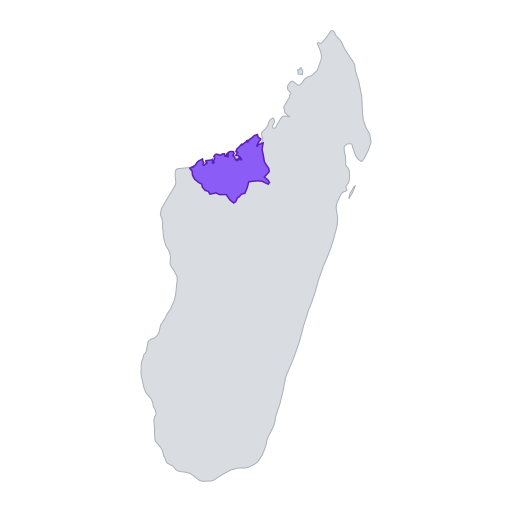 Boeny highlighted on a map of Madagascar
{"feature_id": "MDG-5870", "entity_name": "Boeny", "entity_type": "Autonomous Province", "adm_level": 1, "iso_a3": "MDG", "parent_name": "Madagascar", "parent_adm1": "", "projection": "orthographic", "projection_center": [46.116, -16.217], "detail": "fine", "context": "in_parent", "style": "filled", "palette": "violet", "viewbox_px": 512, "rotation_deg": 0, "n_neighbors": 0, "source": "natural_earth", "source_scale": "10m", "svg_char_len": 6420}
<svg xmlns="http://www.w3.org/2000/svg" viewBox="0 0 512 512"><path d="M341.9,42.7L343.3,46.2L345.1,49.6L350.4,57.8L352.7,61.0L354.6,64.4L355.5,71.0L358.8,81.4L361.8,97.0L362.5,112.9L363.4,120.2L365.8,127.1L369.8,134.3L371.0,142.3L368.3,150.4L364.5,158.0L363.5,159.5L361.8,161.4L361.0,161.3L358.1,159.3L355.8,156.0L352.9,148.2L351.9,144.3L350.6,143.7L347.1,144.0L344.5,146.3L344.0,147.9L344.5,152.2L345.4,156.1L345.7,160.0L345.7,165.0L346.6,166.5L348.0,167.8L349.4,171.1L349.5,178.8L348.6,182.7L346.0,186.0L346.1,187.9L347.0,189.8L346.1,190.9L342.8,192.3L341.4,193.6L339.6,197.0L336.6,203.9L336.1,207.5L337.7,218.3L337.1,226.0L333.2,240.6L331.0,247.6L327.8,255.8L323.1,266.7L318.4,280.4L314.4,294.6L311.4,303.0L308.1,311.4L303.5,326.1L299.6,341.1L293.9,357.5L286.2,375.8L285.4,378.2L283.7,387.6L281.9,395.7L279.9,403.8L275.5,417.1L275.0,421.2L274.0,425.1L270.0,433.4L268.3,436.5L267.0,439.8L266.3,443.9L265.1,448.0L262.1,455.3L257.7,461.7L254.8,464.0L248.4,467.3L245.2,468.0L238.0,468.0L231.1,469.9L223.9,473.6L217.0,477.9L214.3,479.9L211.4,481.0L202.2,481.3L199.5,480.4L190.3,473.5L186.7,472.4L180.0,471.5L177.9,470.9L176.1,470.0L173.3,466.4L167.8,463.4L166.5,462.5L165.7,460.4L165.1,458.1L163.6,455.6L162.5,450.7L160.7,447.4L155.6,441.4L155.0,439.5L154.5,433.2L154.6,428.9L153.9,421.0L154.4,417.3L156.2,413.9L155.4,410.3L153.4,406.5L152.6,402.6L151.2,399.0L145.8,392.6L144.5,389.4L143.5,386.1L141.3,375.9L141.0,372.3L141.2,364.7L141.9,360.8L143.1,358.1L143.4,356.0L144.2,354.3L145.5,352.9L146.3,351.2L148.1,341.5L150.6,339.3L154.4,338.0L157.3,335.4L159.0,332.0L160.7,324.9L165.3,317.9L167.0,314.2L170.8,308.5L174.1,300.7L175.1,297.0L175.8,293.2L176.6,284.9L177.2,280.7L177.0,276.6L175.0,272.4L170.3,264.9L170.1,263.4L170.4,257.7L170.0,253.6L168.2,249.6L165.9,245.7L163.7,238.5L162.5,226.6L162.6,222.3L161.9,218.5L160.3,214.8L161.4,208.5L175.3,185.2L175.8,182.5L175.1,175.4L175.4,171.3L175.9,169.8L177.0,168.9L179.4,168.5L190.9,167.4L192.4,166.7L195.2,164.7L199.2,160.9L201.0,159.8L202.5,160.2L203.5,161.8L204.8,162.7L209.5,161.0L211.3,160.9L213.1,161.2L213.9,159.6L214.4,157.5L215.1,156.0L216.4,155.2L222.4,154.7L226.2,154.1L231.1,152.6L232.2,152.9L236.2,158.2L237.4,158.7L238.9,158.9L240.3,157.9L237.1,155.2L236.6,153.6L236.8,151.8L238.5,148.0L241.4,145.1L247.9,140.7L254.6,135.6L256.6,135.3L258.2,136.1L259.4,142.1L259.3,143.1L260.3,143.2L261.6,142.5L262.7,140.1L262.8,138.1L261.9,136.1L261.5,134.5L261.4,133.0L264.8,129.4L267.6,126.0L268.8,122.0L269.9,120.1L272.7,118.0L273.6,118.4L274.2,120.1L274.6,121.9L273.8,123.7L272.8,125.5L272.4,127.8L274.0,128.3L275.5,127.7L277.7,123.5L280.2,119.4L281.7,117.3L283.6,115.9L286.8,116.2L289.8,117.1L284.9,112.8L283.7,106.9L289.7,96.8L289.7,94.7L290.6,94.1L291.0,93.3L288.0,89.8L287.4,88.1L287.8,85.5L289.3,83.3L290.6,81.7L292.5,81.1L294.0,82.0L297.3,84.8L299.5,85.3L302.2,82.6L304.5,79.2L307.8,76.9L311.6,75.6L317.3,70.3L321.2,59.3L321.5,56.0L320.7,52.1L319.4,48.3L317.3,43.6L317.9,42.6L321.0,43.3L322.0,42.6L325.5,38.5L331.2,30.7L333.0,30.8L334.6,32.3L335.2,34.4L336.3,36.0L340.0,39.9L341.9,42.7ZM302.5,73.4L302.5,74.6L298.2,74.0L297.6,69.8L299.7,69.7L300.1,68.0L301.4,67.8L302.8,71.6L302.5,73.4ZM352.4,192.9L348.7,198.9L349.8,193.8L354.1,186.5L355.3,185.9L352.4,192.9Z" fill="#d9dde1" stroke="#a8b0b8" stroke-width="1"/><path d="M189.9,168.6L190.1,168.2L190.3,167.9L190.8,167.7L191.2,167.6L192.1,167.4L192.6,167.2L192.3,167.0L194.2,166.1L195.1,165.5L195.7,164.7L196.8,162.8L197.5,161.9L198.3,161.2L199.1,160.7L201.1,159.8L202.4,158.9L202.6,159.1L202.7,159.6L202.7,160.7L203.3,162.5L203.4,163.0L203.2,163.9L203.1,164.5L203.2,164.9L203.4,165.2L203.9,165.3L204.4,165.2L204.7,164.8L205.0,164.4L205.4,164.0L206.4,163.6L206.9,163.3L207.1,162.8L207.0,162.5L206.4,162.2L206.0,161.8L205.8,161.3L205.7,160.8L206.0,160.6L211.3,160.0L211.5,159.9L211.8,159.8L212.2,159.5L212.4,160.5L212.7,160.8L212.8,160.9L212.8,161.0L212.8,161.5L212.5,162.5L212.5,162.8L213.1,162.5L213.3,163.2L213.5,163.1L213.9,162.5L213.5,160.8L213.6,160.4L214.1,159.9L214.4,159.5L214.4,159.4L214.4,158.6L214.4,158.3L214.6,158.0L214.6,157.8L214.6,157.4L214.4,157.0L214.0,156.7L213.8,156.4L214.1,156.0L215.1,154.8L216.2,154.1L216.5,154.1L217.0,154.3L217.5,154.5L218.0,154.5L218.5,154.5L219.7,155.3L220.4,155.2L222.3,154.0L222.8,153.8L223.2,153.8L223.7,153.7L224.4,153.8L224.6,154.1L224.6,155.2L224.6,155.8L224.7,156.0L225.0,156.2L225.4,156.3L225.7,156.3L226.3,156.3L226.6,156.3L227.4,156.7L228.2,156.8L228.2,156.6L227.9,156.2L227.7,155.6L227.8,155.2L228.1,154.9L228.3,154.6L228.3,154.0L227.6,154.4L226.8,155.0L226.4,155.2L226.6,154.4L227.0,153.7L227.7,153.0L228.5,152.4L229.2,151.9L229.9,151.6L230.7,151.5L232.3,151.5L233.1,151.6L233.5,151.7L233.7,151.9L233.7,152.3L233.7,152.7L233.8,153.0L234.1,153.3L233.7,153.9L233.6,154.4L233.3,154.9L232.7,155.4L233.4,155.9L234.0,156.5L234.4,157.1L235.5,159.4L236.0,160.1L236.7,160.6L236.8,160.3L236.7,159.9L236.8,159.5L237.0,159.3L237.6,160.0L237.8,160.2L238.5,160.0L238.7,159.5L238.7,158.7L238.5,158.1L239.3,158.1L240.0,158.7L240.5,159.5L241.2,160.0L241.5,159.7L241.2,158.8L240.4,157.4L239.8,157.1L238.4,155.9L237.6,155.6L236.6,155.6L236.3,155.6L235.7,155.2L235.8,155.0L236.1,154.8L236.5,154.4L237.4,153.1L237.5,152.4L237.2,151.9L236.8,151.9L236.4,151.9L236.0,151.9L235.9,151.7L236.0,151.1L236.4,150.2L236.8,149.0L237.4,148.4L238.9,147.2L240.9,144.9L241.6,144.3L241.7,144.5L241.8,144.7L241.8,144.8L241.8,145.0L242.2,144.8L243.1,144.0L244.5,143.0L244.8,142.6L245.6,142.1L246.5,142.0L247.3,142.0L248.1,141.8L247.6,141.5L246.6,141.2L246.5,140.9L246.9,140.6L248.7,140.1L252.1,137.7L254.5,135.4L255.9,135.1L256.8,134.6L257.3,134.5L257.5,134.6L257.6,134.8L257.6,135.1L257.6,136.0L258.1,137.0L258.3,137.4L258.7,137.7L259.2,138.0L260.3,138.4L260.8,138.8L260.8,139.2L260.5,139.6L260.0,140.5L259.6,140.8L259.1,141.2L258.8,141.5L257.3,144.4L256.9,145.6L257.0,146.3L257.4,146.4L257.6,146.0L257.9,144.9L258.3,144.5L258.9,144.3L260.0,144.2L261.1,143.7L262.2,143.2L263.2,142.9L262.0,149.3L263.2,154.7L264.4,161.9L266.8,165.7L268.8,168.6L269.2,171.6L266.7,174.5L264.3,177.0L267.9,180.0L269.5,182.5L268.3,184.2L265.5,182.9L261.9,181.2L257.8,180.8L253.0,181.2L248.7,181.9L247.3,187.5L244.9,193.3L241.3,194.2L239.3,196.7L237.3,198.0L235.7,201.7L233.7,203.0L230.0,200.0L227.6,196.7L226.4,194.6L219.6,194.6L216.0,192.9L209.9,194.2L208.3,191.3L205.1,190.4L202.3,187.1L201.8,184.1L198.6,182.5L194.6,179.1L192.5,175.3L192.1,171.1L189.9,168.6Z" fill="#8b5cf6" stroke="#5b21b6" stroke-width="1.5"/></svg>